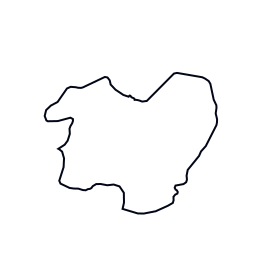 the Province of Zanjan, rotated 123°
{"feature_id": "IRN-3234", "entity_name": "Zanjan", "entity_type": "Province", "adm_level": 1, "iso_a3": "IRN", "parent_name": "Iran", "parent_adm1": "", "projection": "orthographic", "projection_center": [48.438, 36.394], "detail": "fine", "context": "isolated", "style": "outline", "palette": "ink", "viewbox_px": 256, "rotation_deg": 123, "n_neighbors": 0, "source": "natural_earth", "source_scale": "10m", "svg_char_len": 1374}
<svg xmlns="http://www.w3.org/2000/svg" viewBox="0 0 256 256"><g transform="rotate(123 128 128)"><path d="M171.5,52.2L182.7,59.4L191.1,68.1L194.3,73.2L198.8,88.5L192.8,90.7L184.6,96.2L181.6,103.3L183.2,109.2L187.3,114.2L189.8,120.3L192.3,124.1L196.0,125.9L198.3,126.0L199.8,126.8L201.2,128.4L203.2,129.5L204.6,132.0L205.9,136.6L208.3,140.5L210.1,144.4L211.4,154.3L209.7,156.9L195.9,160.7L188.3,165.1L183.7,170.4L183.3,174.1L183.4,175.1L176.5,172.0L171.5,171.7L164.6,173.6L160.4,176.7L157.7,177.3L154.4,177.4L152.1,178.0L150.5,179.0L150.7,181.9L160.4,190.6L166.0,198.9L166.1,200.6L163.3,204.4L157.6,206.4L151.2,204.9L144.5,201.2L128.1,200.7L124.7,198.5L122.2,193.9L121.5,191.9L120.0,189.3L118.6,188.0L97.8,175.2L96.8,172.7L98.0,169.3L101.0,166.2L102.7,159.3L102.8,149.8L101.4,144.5L100.1,144.4L99.8,144.2L99.7,143.5L99.9,142.9L100.2,142.3L100.3,141.7L99.9,139.4L100.0,138.6L100.8,137.8L100.1,136.8L99.3,135.0L98.6,132.9L98.3,131.1L97.8,130.1L95.4,127.4L95.2,127.0L57.3,119.1L55.1,116.9L45.0,93.4L44.6,90.4L44.7,85.9L46.1,83.0L57.6,71.5L60.8,66.3L63.0,64.7L68.0,62.4L72.1,58.1L74.7,56.5L77.4,55.4L100.8,52.9L107.9,54.0L112.7,53.2L130.6,55.1L136.1,52.9L138.7,50.8L139.6,50.3L141.8,49.7L144.8,50.9L150.4,56.8L152.7,56.3L153.7,54.6L153.7,53.0L154.6,51.4L156.1,50.9L158.2,52.1L160.9,52.4L163.8,50.4L166.4,49.6L171.5,52.2Z" fill="none" stroke="#020617" stroke-width="2"/></g></svg>